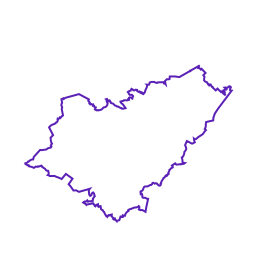 the district of Cuautepec de Hinojosa, Hidalgo, Mexico, rotated 208°
{"feature_id": "50627088B81322224704661", "entity_name": "Cuautepec de Hinojosa", "entity_type": "district", "adm_level": 2, "iso_a3": "MEX", "parent_name": "Mexico", "parent_adm1": "Hidalgo", "projection": "albers", "projection_center": [-98.287, 19.97], "detail": "fine", "context": "isolated", "style": "outline", "palette": "violet", "viewbox_px": 256, "rotation_deg": 208, "n_neighbors": 0, "source": "geoboundaries", "source_scale": "gbopen_adm2", "svg_char_len": 5702}
<svg xmlns="http://www.w3.org/2000/svg" viewBox="0 0 256 256"><g transform="rotate(208 128 128)"><path d="M100.0,207.8L99.7,207.4L100.6,206.5L106.6,197.0L110.7,195.6L115.3,193.1L114.3,190.7L114.8,190.2L116.6,189.3L117.4,186.7L115.3,184.2L115.6,184.3L116.4,184.6L117.3,184.2L118.2,185.1L123.1,182.3L123.5,181.4L125.0,181.0L126.4,181.0L128.9,179.7L129.4,179.3L130.2,178.2L129.8,177.0L129.8,176.1L131.6,175.2L131.2,175.1L130.5,172.7L130.4,169.8L129.9,167.2L130.4,165.1L134.2,165.0L133.3,165.8L135.3,165.6L135.9,164.9L137.0,164.9L137.5,165.1L137.9,165.9L139.4,165.3L139.9,164.3L141.0,163.8L141.7,164.2L143.3,164.2L143.2,162.2L144.0,161.6L145.1,159.7L144.7,159.4L143.8,159.2L142.6,158.2L142.0,158.1L140.2,159.1L138.7,158.7L138.4,158.4L138.5,157.8L138.0,156.0L138.7,156.0L139.5,156.3L140.9,155.9L141.3,155.1L140.6,153.9L141.4,154.0L141.5,153.8L141.0,152.7L141.4,152.2L144.6,150.6L144.7,149.9L145.8,149.1L146.4,147.9L146.9,148.0L147.1,147.8L146.8,147.4L145.2,146.7L143.6,146.5L139.5,144.4L141.0,143.0L142.3,142.2L143.3,142.5L143.9,142.1L146.1,142.3L147.1,142.2L147.6,141.8L148.6,142.0L150.3,141.8L152.5,142.5L154.9,142.1L155.5,142.8L156.8,143.5L157.1,142.9L157.6,143.4L158.2,142.6L158.5,142.7L160.2,143.8L160.9,143.1L160.3,142.9L159.5,142.0L159.5,141.7L157.5,140.1L157.1,138.4L157.2,137.4L157.7,135.9L159.2,134.7L160.0,131.9L162.2,129.8L162.8,129.8L163.3,129.2L163.9,129.1L164.2,128.8L164.7,129.0L165.4,128.8L166.0,128.9L166.1,131.0L166.8,130.8L167.6,130.8L168.4,131.8L169.0,131.8L169.5,131.3L170.0,132.3L170.4,131.9L171.3,131.8L172.5,132.0L172.6,131.2L173.8,131.6L173.9,132.2L174.6,133.1L175.4,133.1L176.0,133.6L176.0,134.9L187.2,134.9L197.4,125.3L198.0,124.4L198.3,123.5L199.0,123.9L199.4,123.2L200.3,122.2L198.0,119.3L197.9,117.9L197.6,116.8L196.0,115.6L195.7,115.1L195.4,113.6L191.3,108.6L192.1,106.8L192.4,105.1L193.2,105.3L193.6,103.0L194.4,103.1L194.2,102.5L193.9,102.5L193.5,101.3L193.4,100.3L193.6,99.6L194.2,98.9L194.2,98.0L194.8,97.5L195.0,96.8L196.2,95.7L197.4,93.7L198.0,91.5L190.8,86.5L191.8,83.1L190.8,81.5L189.3,79.6L187.9,78.6L188.2,78.3L188.0,77.4L187.8,77.3L187.8,75.5L187.6,76.0L187.0,75.6L187.3,75.2L187.0,74.5L189.2,72.5L189.9,70.9L190.3,70.5L193.7,68.0L195.3,67.4L197.6,58.2L197.0,55.7L197.6,55.5L198.5,54.6L199.5,53.1L199.9,51.8L200.4,51.6L200.6,50.3L202.0,48.7L201.5,48.5L201.5,48.1L199.1,47.9L198.4,48.5L198.0,48.5L197.5,47.7L194.6,48.5L192.5,48.6L192.0,49.1L191.7,50.0L191.3,50.6L189.6,51.3L189.4,51.9L188.7,52.0L186.9,54.1L186.5,54.1L185.8,53.4L185.1,53.5L184.5,53.2L182.2,53.1L180.5,52.2L179.6,52.2L178.6,52.7L178.0,52.5L176.5,50.3L176.4,49.5L176.7,48.8L175.4,49.0L174.6,48.8L170.3,51.2L168.8,51.2L165.5,51.7L162.6,51.8L161.3,58.3L153.2,57.2L154.0,50.5L151.5,49.6L146.8,47.2L144.6,48.6L141.3,48.6L133.2,56.4L133.4,55.3L133.2,54.3L131.2,51.2L129.9,50.3L129.2,50.5L129.1,51.1L128.8,51.5L129.3,53.2L128.8,53.8L129.0,54.8L129.4,55.0L127.2,54.2L125.9,52.6L125.7,52.6L125.4,52.2L125.6,52.0L125.5,51.2L125.8,49.0L125.2,48.2L125.3,47.5L124.9,46.8L128.2,44.9L128.7,44.1L129.1,44.2L130.0,44.9L130.6,43.4L131.9,42.6L132.6,41.6L132.9,41.5L132.3,41.5L132.5,41.2L131.3,41.0L130.7,41.2L129.8,40.9L129.5,41.1L128.6,40.6L128.5,41.0L123.5,45.1L123.0,45.1L122.4,44.4L121.4,44.4L120.8,43.6L120.0,43.5L119.7,45.4L118.7,46.6L117.7,44.8L116.7,44.6L116.2,45.8L115.6,46.2L113.6,43.6L111.5,43.5L110.3,42.6L109.5,42.6L108.4,41.5L106.0,40.1L105.6,40.5L104.6,39.8L104.1,42.1L103.4,42.6L103.2,42.2L102.9,42.3L102.3,43.5L101.7,44.0L101.0,42.4L99.3,41.7L98.0,41.7L97.8,41.0L98.0,40.7L97.2,40.6L96.9,41.8L95.7,41.0L94.1,40.4L94.2,40.9L92.4,42.5L93.0,46.3L91.3,46.6L90.9,47.0L91.3,47.6L91.0,47.7L91.7,48.5L91.6,48.8L91.4,49.3L91.4,49.1L90.4,48.4L90.1,49.1L89.5,49.2L89.9,51.3L89.6,53.0L88.7,54.9L89.2,55.1L89.3,55.7L88.3,57.2L87.2,58.0L86.9,58.7L86.0,59.5L85.5,60.3L84.3,61.3L83.8,61.4L81.8,63.3L82.0,63.6L81.9,64.1L81.1,63.9L80.3,62.6L80.2,61.2L78.6,61.2L77.0,62.3L73.2,62.2L74.6,66.4L77.0,74.9L78.3,74.4L79.9,74.5L81.9,73.5L82.5,73.5L83.0,73.9L83.7,75.2L85.0,76.5L85.7,76.5L85.9,75.9L87.1,77.6L87.0,78.1L86.1,79.2L85.8,80.1L86.2,83.1L85.6,84.3L83.2,85.7L81.7,88.0L80.7,88.7L80.4,89.7L80.6,90.7L80.2,91.4L79.7,91.5L78.3,91.4L77.5,92.3L76.8,92.6L74.1,91.7L73.5,91.7L72.7,92.2L72.4,93.3L72.8,93.6L73.1,94.0L73.1,94.5L72.9,94.8L73.2,95.1L73.3,97.4L73.0,100.1L73.2,100.7L72.5,101.4L72.4,103.2L71.9,103.8L71.5,103.7L71.2,104.2L71.9,104.4L70.6,106.6L71.2,106.8L71.4,107.4L71.4,109.3L71.8,110.5L71.3,111.2L71.2,112.4L70.1,114.1L70.5,114.3L70.6,115.1L71.6,115.5L69.8,118.8L69.6,119.0L68.8,118.4L67.9,118.5L67.2,118.9L64.5,120.9L64.3,120.8L64.1,121.2L62.7,121.9L61.6,123.1L61.3,123.8L63.5,123.1L65.4,125.9L66.7,127.2L66.2,128.0L66.0,129.1L66.3,131.7L67.0,133.3L66.6,135.3L66.6,136.4L67.0,137.3L68.2,138.6L69.3,139.4L69.6,140.0L69.9,144.1L69.1,144.2L68.8,143.9L68.5,144.2L64.5,144.2L63.8,144.5L62.3,146.7L63.8,148.2L64.8,149.6L63.9,149.4L62.7,150.3L61.7,153.0L59.1,157.6L58.7,160.8L58.2,162.7L59.8,163.2L59.7,164.1L60.1,165.9L61.3,168.4L61.8,170.0L56.3,174.7L57.5,177.4L58.1,181.7L57.5,187.6L54.0,209.7L55.1,209.3L55.6,209.3L56.2,210.1L56.3,212.3L57.0,212.6L57.4,212.1L58.0,212.4L58.4,212.2L59.1,210.2L59.7,209.8L60.9,209.6L61.7,209.0L59.3,208.3L59.5,207.8L60.6,207.1L61.0,206.4L61.5,206.0L61.5,205.5L61.0,205.2L60.4,205.4L59.7,204.8L59.3,204.9L59.3,204.1L57.9,203.1L58.0,202.8L60.2,203.2L61.3,204.1L62.5,203.3L63.0,203.5L63.1,204.1L64.2,203.8L67.5,204.8L68.2,202.4L72.7,203.6L72.6,203.9L73.7,204.1L75.3,205.1L75.7,204.1L76.4,204.5L76.7,203.8L77.6,204.1L77.5,204.4L79.2,205.0L79.5,205.4L82.1,205.3L83.2,205.8L84.1,207.7L84.5,209.1L86.3,210.0L85.4,213.0L90.8,214.8L91.1,213.8L93.0,214.4L94.3,213.8L94.7,214.1L94.3,215.9L94.3,216.1L94.5,216.2L99.7,208.0L100.0,207.8Z" fill="none" stroke="#5b21b6" stroke-width="2"/></g></svg>